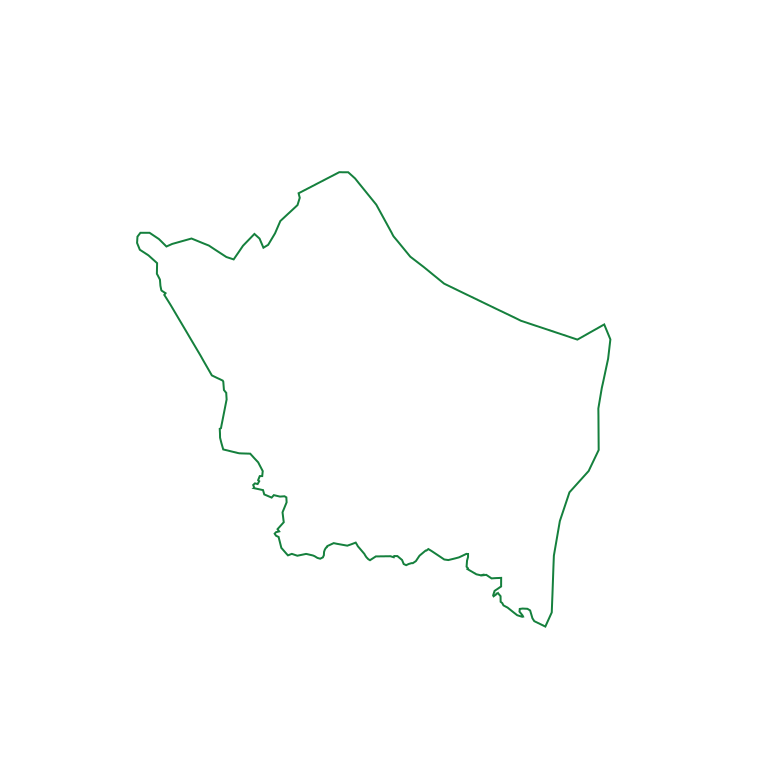 the district of Meinpea-Mahn, Nimba, Liberia, rotated 312°
{"feature_id": "62588387B99870761463073", "entity_name": "Meinpea-Mahn", "entity_type": "district", "adm_level": 2, "iso_a3": "LBR", "parent_name": "Liberia", "parent_adm1": "Nimba", "projection": "mercator", "projection_center": [-9.109, 7.008], "detail": "fine", "context": "isolated", "style": "outline", "palette": "green", "viewbox_px": 768, "rotation_deg": 312, "n_neighbors": 0, "source": "geoboundaries", "source_scale": "gbopen_adm2", "svg_char_len": 3334}
<svg xmlns="http://www.w3.org/2000/svg" viewBox="0 0 768 768"><g transform="rotate(312 384 384)"><path d="M313.9,141.5L313.6,142.5L311.7,147.5L311.4,147.9L307.4,152.1L304.8,155.6L304.6,156.4L305.3,160.9L303.2,161.1L301.0,168.9L299.8,173.0L295.5,186.7L290.6,202.4L287.9,210.9L282.4,228.5L280.4,234.4L275.2,250.3L277.0,256.5L277.7,258.7L278.6,261.9L278.2,263.0L272.4,269.1L271.8,272.8L271.4,273.1L267.1,277.5L266.5,277.8L248.6,288.5L244.2,291.1L242.3,292.3L242.0,292.4L240.8,291.9L237.5,295.2L234.4,298.1L231.3,302.7L227.8,308.3L235.0,321.7L235.8,323.0L237.8,325.4L242.7,331.2L242.1,337.0L241.6,342.9L238.1,352.2L237.8,352.4L234.1,355.1L232.4,353.3L228.3,354.8L228.3,356.3L225.1,357.0L223.8,354.6L223.3,354.5L221.4,354.4L220.1,357.0L219.5,356.9L224.2,365.1L221.8,368.9L222.6,371.2L224.4,376.5L227.7,376.5L230.7,382.0L234.0,385.2L234.4,387.3L231.4,390.3L230.9,390.8L221.4,394.2L220.7,394.5L215.4,400.6L214.2,402.0L210.4,402.0L204.9,402.0L204.3,404.7L201.6,402.9L199.6,402.9L199.4,403.6L199.0,405.3L199.8,408.0L193.5,417.4L193.5,417.6L193.3,419.3L192.5,425.8L192.4,427.3L195.2,428.7L196.1,429.2L198.4,434.5L199.9,435.6L205.6,439.8L205.7,440.0L206.2,440.8L209.0,445.9L209.6,447.6L210.2,450.9L211.5,453.5L214.3,454.6L214.8,454.4L216.5,453.9L219.1,451.8L221.2,450.9L223.0,450.5L224.7,450.7L225.0,450.3L226.0,450.5L232.1,453.1L233.6,455.7L239.3,464.9L243.1,467.0L247.2,469.1L246.4,471.8L245.9,473.2L245.6,475.7L244.6,483.1L244.1,484.5L243.5,486.8L243.3,489.6L243.7,491.5L244.1,491.6L250.4,493.3L260.3,504.0L261.8,507.2L263.0,506.7L265.1,509.1L265.3,515.2L263.4,519.1L263.7,520.1L264.2,521.7L266.8,522.8L269.4,524.4L270.1,525.3L273.7,526.2L279.9,525.3L280.4,525.3L288.1,526.4L288.6,527.0L291.0,527.4L291.7,531.0L293.2,541.2L293.9,546.2L296.2,549.6L299.7,552.0L302.2,553.7L305.3,555.7L308.8,557.2L312.9,558.9L313.7,560.0L313.9,560.2L311.7,562.2L308.3,563.9L303.5,567.6L303.2,569.7L302.3,569.8L302.8,572.3L304.4,580.0L306.6,583.9L308.1,585.0L307.6,585.1L310.6,587.7L311.5,594.0L314.0,596.4L314.4,596.8L318.3,600.8L311.9,606.5L304.3,604.6L303.6,604.9L301.8,605.7L299.9,606.6L299.6,607.5L302.9,608.2L303.5,607.8L304.4,608.5L304.9,608.6L304.8,608.9L304.3,612.6L300.2,616.4L300.3,618.5L299.4,620.9L300.4,625.0L300.5,625.2L300.6,626.7L301.0,633.3L301.3,637.7L303.5,642.5L304.2,643.0L304.7,641.8L305.5,637.0L307.7,635.4L309.9,637.3L312.9,641.0L313.5,644.1L309.2,651.1L308.8,652.6L308.3,654.4L311.7,666.2L326.5,661.5L340.8,649.6L361.8,632.0L370.1,625.1L392.5,611.0L399.8,606.4L418.2,598.4L427.6,594.3L456.3,594.3L460.3,593.1L478.6,587.7L503.9,564.6L509.2,559.7L526.8,548.5L530.2,546.6L533.2,544.9L552.8,533.6L568.6,522.4L569.0,521.6L575.6,507.8L546.4,498.0L538.0,478.7L528.3,456.5L522.6,443.4L521.3,438.7L515.0,417.3L504.7,381.9L498.8,361.5L497.5,334.9L497.3,332.4L496.2,318.3L496.4,317.0L499.2,298.7L500.1,292.3L500.9,290.0L501.4,288.8L512.1,258.3L516.4,231.0L517.4,225.0L517.4,215.7L511.4,209.0L468.6,192.9L466.0,196.8L459.1,200.0L435.8,197.9L426.6,201.0L423.1,202.2L409.9,204.8L404.6,203.2L408.8,194.2L408.8,190.9L408.8,187.3L392.4,186.7L385.2,187.7L376.0,188.9L372.9,181.9L370.7,167.9L369.7,161.2L367.8,156.1L364.5,146.9L363.3,143.6L346.4,132.9L340.6,130.3L341.0,122.3L341.1,119.7L339.5,108.6L333.4,101.8L328.5,102.2L323.6,106.1L320.4,112.7L322.0,122.9L322.0,125.2L322.0,134.5L313.9,141.5Z" fill="none" stroke="#15803d" stroke-width="2"/></g></svg>